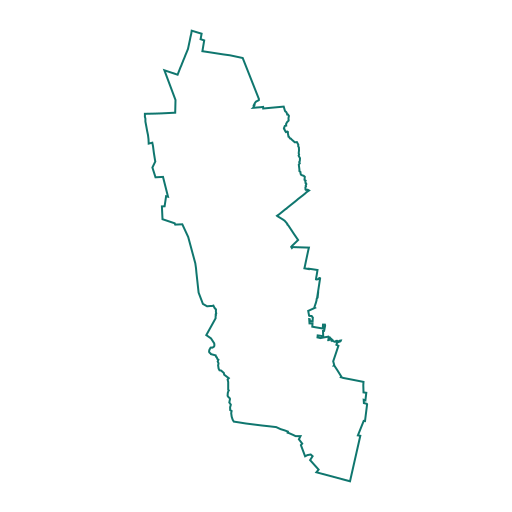 the district of Sabinas Hidalgo, Nuevo León, Mexico
{"feature_id": "50627088B9769034466011", "entity_name": "Sabinas Hidalgo", "entity_type": "district", "adm_level": 2, "iso_a3": "MEX", "parent_name": "Mexico", "parent_adm1": "Nuevo León", "projection": "equal_earth", "projection_center": [-100.103, 26.576], "detail": "fine", "context": "isolated", "style": "outline", "palette": "teal", "viewbox_px": 512, "rotation_deg": 0, "n_neighbors": 0, "source": "geoboundaries", "source_scale": "gbopen_adm2", "svg_char_len": 5660}
<svg xmlns="http://www.w3.org/2000/svg" viewBox="0 0 512 512"><path d="M363.3,385.0L363.5,381.9L352.9,379.8L349.8,379.2L343.5,378.0L342.4,377.7L342.0,377.5L340.8,377.2L341.2,376.4L337.4,370.3L334.3,365.6L333.8,365.6L334.2,365.0L333.2,361.3L335.6,354.2L338.4,345.8L336.4,344.8L337.3,342.1L338.4,342.1L338.6,341.9L340.1,341.5L340.8,340.8L340.9,340.5L340.0,340.6L338.1,341.5L337.7,341.4L337.1,340.8L336.1,340.9L335.6,341.7L334.9,341.8L334.4,341.6L332.9,341.0L332.6,340.1L332.0,339.8L331.4,340.5L330.7,339.0L331.1,338.8L330.2,338.0L329.9,337.5L329.8,337.4L329.7,337.4L329.5,337.5L329.3,337.6L329.1,337.9L329.0,338.2L329.0,338.5L329.5,339.0L329.1,339.9L328.9,340.1L328.7,340.1L328.3,340.1L328.7,337.6L328.6,337.1L328.5,336.7L328.4,336.6L328.1,336.7L323.9,337.4L320.4,338.1L320.2,338.0L319.7,337.9L317.5,337.4L317.7,335.4L320.0,335.7L323.2,336.3L323.1,333.5L323.0,331.0L324.1,330.9L325.1,325.8L325.1,325.4L324.9,324.6L323.0,324.6L322.9,326.5L322.9,327.2L323.3,327.1L323.3,327.6L322.9,327.6L322.9,328.5L316.2,327.4L312.3,326.7L312.5,323.5L309.5,323.4L309.2,319.1L309.7,319.2L309.9,321.1L312.6,321.3L312.8,317.9L312.7,317.9L312.6,317.6L312.3,317.0L312.0,316.4L311.6,316.0L309.4,315.9L309.2,315.8L309.1,315.7L308.2,310.9L315.0,307.8L314.4,307.3L314.7,306.3L315.8,303.0L315.9,302.8L315.9,302.7L316.5,300.5L316.6,300.0L316.6,299.7L316.6,299.4L316.6,299.1L316.8,298.6L317.3,298.0L317.6,297.6L317.9,294.8L317.5,295.3L320.1,278.3L319.7,278.0L319.2,278.1L318.8,278.9L317.5,279.3L316.7,279.5L316.0,279.3L316.1,278.4L316.2,278.0L316.2,277.7L316.7,275.0L317.5,270.0L312.9,269.3L308.7,268.7L308.7,269.1L304.4,268.3L305.1,265.3L305.7,262.3L308.2,250.6L308.9,247.6L292.7,247.1L291.9,248.0L291.2,246.9L292.1,245.8L298.1,240.0L293.9,233.9L288.3,225.4L287.3,224.5L287.3,223.8L286.7,223.1L284.7,220.8L284.5,220.6L284.3,220.5L282.9,219.5L277.5,216.2L277.2,216.0L277.0,215.8L277.6,215.4L278.0,215.1L278.3,214.9L278.5,214.8L278.7,214.7L278.8,214.6L285.7,209.0L285.8,209.0L286.0,208.8L286.5,208.6L286.8,208.2L288.0,207.2L296.4,200.5L298.1,199.0L302.8,195.4L303.9,194.5L304.5,194.0L304.8,193.8L306.3,192.4L307.2,191.7L309.0,190.5L307.8,189.8L307.4,189.7L305.9,189.9L305.5,189.5L305.4,187.3L306.0,186.4L305.7,185.7L306.0,184.9L306.3,184.3L306.2,183.5L306.1,183.4L305.6,183.2L305.3,181.2L305.6,180.6L304.5,179.8L304.8,176.8L303.7,175.8L302.1,175.3L301.0,174.7L300.6,173.8L300.4,171.9L299.4,171.1L299.4,169.4L299.2,167.8L298.8,164.6L299.8,163.2L299.2,162.1L299.8,161.0L300.0,158.2L298.6,155.7L299.1,154.5L298.7,153.2L299.0,150.5L298.9,147.8L298.9,147.5L298.2,146.2L298.3,144.7L296.9,142.1L294.8,142.3L291.4,139.3L291.2,139.0L290.8,138.6L290.1,138.5L288.8,136.6L288.5,136.6L288.3,135.8L288.2,134.8L287.9,133.8L287.9,132.0L287.1,131.5L286.2,132.0L285.9,132.1L285.1,130.8L285.0,130.7L284.9,130.6L284.6,129.6L284.6,129.4L284.3,129.3L284.2,129.2L283.9,128.3L284.8,126.0L285.6,125.7L286.2,125.6L286.1,124.0L286.1,123.9L287.1,122.1L288.6,120.6L288.6,119.4L288.5,119.1L288.5,118.5L288.5,118.3L288.5,117.9L288.7,117.1L288.9,115.9L288.0,114.5L287.2,114.5L287.1,114.1L286.7,112.9L286.4,112.3L285.9,111.7L285.6,111.6L285.2,111.3L284.8,110.3L283.7,106.6L263.2,108.5L263.1,106.9L260.7,107.2L253.2,107.8L253.4,107.6L253.4,107.4L253.5,107.3L253.5,107.1L253.7,106.5L254.6,104.9L254.6,104.7L254.3,104.8L254.0,104.8L255.0,102.9L256.0,101.6L258.8,100.2L258.9,99.0L242.7,58.0L230.0,55.3L224.0,54.5L222.6,54.3L212.3,52.7L202.4,51.2L204.2,40.4L200.6,39.2L201.6,33.7L191.7,30.7L191.3,33.4L191.0,34.8L190.8,35.5L190.8,35.8L190.6,36.3L190.6,36.5L190.5,36.9L189.8,40.4L188.0,48.9L186.2,53.3L185.4,55.2L185.2,55.6L185.2,55.8L184.1,58.5L183.2,60.6L182.9,61.5L182.0,63.6L181.9,63.8L181.8,64.2L181.6,64.7L181.3,65.5L180.4,67.5L177.6,74.7L164.4,70.3L175.5,100.0L175.2,112.7L161.0,113.4L155.0,113.6L150.5,113.7L144.9,113.8L144.9,116.8L145.4,118.6L145.4,121.6L146.4,126.9L147.1,130.8L148.0,135.1L148.5,139.2L148.7,143.6L152.3,142.7L153.0,146.1L153.9,153.1L155.1,160.6L155.3,161.5L152.4,167.5L155.5,177.3L161.0,177.0L163.0,176.9L168.0,196.7L166.1,196.2L164.6,206.3L161.9,206.4L162.5,219.2L174.7,223.3L175.2,224.6L182.3,224.3L188.2,237.0L195.3,263.3L196.0,268.2L196.4,272.5L198.6,292.6L202.9,303.9L207.1,306.3L210.3,306.0L212.0,306.0L213.4,305.6L213.7,306.3L213.9,306.7L214.1,307.0L214.8,308.4L215.1,308.4L215.3,308.6L215.5,308.8L216.0,309.6L215.9,310.7L215.9,311.7L216.1,312.8L216.2,313.5L215.9,313.7L215.9,314.9L215.7,314.9L215.7,315.3L215.7,316.0L215.6,316.5L215.6,318.3L206.3,335.1L211.0,338.4L214.2,343.3L214.4,344.9L214.3,345.8L214.2,346.2L213.9,346.7L213.0,347.3L212.1,347.7L211.6,347.6L211.3,347.5L210.9,347.5L210.5,347.8L210.3,348.2L210.0,348.8L209.5,349.5L209.2,350.7L209.1,351.6L209.3,352.4L210.2,353.2L210.6,353.5L210.9,354.1L215.7,355.4L216.0,356.7L216.8,357.3L217.1,358.2L217.4,359.0L218.4,359.7L217.7,361.5L218.5,363.2L218.3,364.6L218.1,365.2L218.6,368.6L219.5,370.3L221.2,370.6L222.4,371.7L223.8,372.9L224.2,374.7L228.8,378.2L227.6,379.5L228.2,382.0L228.2,384.1L228.2,389.6L228.8,390.4L228.4,391.0L227.8,392.9L227.6,395.8L228.3,396.9L229.6,398.1L230.0,399.0L229.3,402.5L230.8,404.6L230.6,405.6L230.1,407.1L230.2,410.1L231.6,411.0L231.2,413.2L231.7,416.8L232.7,419.8L233.8,421.6L238.4,422.3L245.9,423.5L261.9,425.5L269.3,426.3L274.4,426.9L276.2,427.1L280.5,429.1L284.7,430.4L287.9,431.6L287.6,432.7L288.1,432.9L288.3,432.8L293.3,435.0L295.5,436.1L300.5,436.1L298.9,439.3L302.2,443.6L300.9,445.1L305.1,456.3L307.4,455.1L310.7,454.5L312.6,456.2L310.1,460.1L318.6,469.6L316.4,472.3L350.0,481.3L360.3,435.8L357.9,435.4L363.7,420.9L365.0,421.1L366.4,409.9L367.1,404.3L366.8,403.8L363.9,403.1L363.7,399.8L365.4,400.4L366.3,392.8L363.5,392.4L363.3,385.2L363.3,385.0Z" fill="none" stroke="#0f766e" stroke-width="2"/></svg>